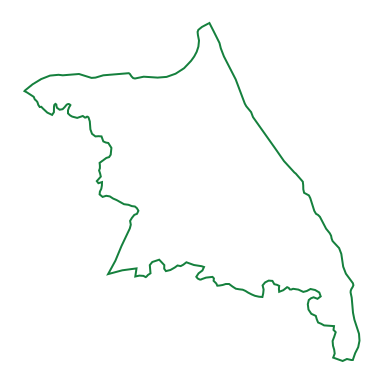 Gangwon, Albers equal-area conic projection
{"feature_id": "KOR-2496", "entity_name": "Gangwon", "entity_type": "Province", "adm_level": 1, "iso_a3": "KOR", "parent_name": "South Korea", "parent_adm1": "", "projection": "albers", "projection_center": [128.239, 37.618], "detail": "fine", "context": "isolated", "style": "outline", "palette": "green", "viewbox_px": 384, "rotation_deg": 0, "n_neighbors": 0, "source": "natural_earth", "source_scale": "10m", "svg_char_len": 3203}
<svg xmlns="http://www.w3.org/2000/svg" viewBox="0 0 384 384"><path d="M157.6,77.6L166.6,76.9L175.6,73.7L184.1,68.2L191.1,60.8L194.2,56.5L196.7,51.8L198.4,46.6L199.0,40.6L197.9,34.9L197.6,31.9L198.4,29.8L202.0,26.9L209.4,23.0L213.4,30.8L219.5,43.0L220.8,48.3L223.9,56.4L235.7,79.4L244.8,103.6L246.3,106.3L251.1,112.1L253.0,117.1L275.3,148.6L284.0,161.1L294.4,172.5L295.8,173.6L302.8,181.7L303.2,185.2L303.3,189.3L304.1,192.8L308.9,195.4L310.3,198.2L314.3,210.9L316.0,213.8L318.1,215.0L319.9,216.8L326.1,228.7L329.8,233.3L331.1,235.8L331.6,238.5L332.6,241.1L339.1,248.1L341.3,253.9L343.2,266.7L345.9,273.7L352.9,283.2L353.4,285.2L352.6,287.1L351.4,289.0L350.7,290.8L350.6,292.5L351.7,297.7L353.0,312.7L354.4,319.7L359.0,333.8L359.5,340.7L358.2,347.2L355.2,353.1L352.8,360.0L351.4,360.0L346.9,359.0L342.6,361.0L333.2,357.6L334.7,353.6L334.2,349.8L333.0,345.7L332.6,341.0L334.3,336.5L335.7,332.2L334.6,331.0L333.5,329.9L334.0,326.1L324.1,325.4L321.2,323.8L318.1,322.5L316.8,319.4L315.8,315.9L311.3,313.8L308.5,309.6L307.8,304.2L308.8,300.0L311.1,298.2L313.6,297.3L317.5,298.8L320.7,296.4L319.3,292.5L315.1,290.0L310.5,289.0L306.8,291.0L303.3,291.9L298.4,289.6L293.1,288.8L291.3,289.5L289.8,289.4L288.7,287.9L287.1,287.2L283.3,290.2L279.2,291.8L278.9,288.9L279.2,285.9L276.9,284.8L274.3,284.2L272.4,280.9L268.7,280.6L265.1,282.4L262.6,285.4L263.6,289.5L263.2,293.4L262.4,297.0L258.9,296.7L254.9,295.8L251.6,294.4L248.1,292.6L245.4,290.9L242.7,289.7L239.3,289.3L235.8,288.7L232.3,286.4L229.1,284.0L225.8,284.0L222.6,285.0L219.7,285.5L217.3,285.7L216.3,283.5L213.6,280.8L213.9,278.4L212.5,276.9L206.1,277.6L202.1,279.0L200.8,279.6L199.6,279.5L197.7,278.5L196.3,276.8L198.6,273.3L202.4,270.5L204.0,267.0L201.6,266.2L193.9,265.0L186.4,262.3L183.3,264.7L180.7,266.1L177.5,265.5L174.8,267.5L170.4,270.0L165.9,271.1L164.2,268.7L164.3,265.1L159.2,259.7L152.3,262.0L149.8,265.1L150.5,273.3L147.8,275.1L146.9,276.2L145.8,277.1L144.7,276.6L143.5,275.9L139.4,275.6L135.3,276.5L136.5,268.4L122.3,270.3L108.1,274.1L115.4,260.7L121.5,246.0L129.8,228.5L130.8,224.7L130.1,220.9L131.9,217.9L134.3,214.9L137.0,213.8L138.4,210.8L136.9,208.2L134.9,206.5L131.8,206.1L128.5,204.8L124.0,204.2L116.5,200.0L113.2,198.6L109.8,196.4L106.2,195.8L102.6,196.9L99.6,194.4L99.9,191.6L101.3,188.8L101.9,185.5L102.0,182.1L98.4,183.2L96.8,181.1L100.8,176.6L100.1,173.5L99.1,170.5L99.9,168.2L99.9,165.5L99.6,162.9L106.4,157.9L109.1,157.1L110.7,154.7L111.4,147.9L108.3,143.0L105.7,142.5L103.3,141.4L101.5,136.4L98.5,136.2L95.4,136.4L92.0,133.8L90.4,129.4L89.8,121.4L88.5,117.4L87.6,116.7L86.6,116.8L85.9,117.5L85.0,117.6L82.8,116.0L77.2,117.9L72.2,116.6L70.1,115.4L68.0,113.4L68.0,110.3L69.1,107.3L69.8,106.2L70.4,105.1L69.5,104.3L68.4,104.0L67.3,104.3L66.4,105.0L64.6,107.2L62.6,109.2L59.6,109.7L57.0,107.8L56.5,106.2L56.3,104.5L55.4,103.9L54.3,105.0L54.0,106.7L53.9,112.2L52.1,114.9L47.3,112.6L42.9,108.5L41.3,106.8L39.7,107.0L38.3,104.9L37.4,102.1L36.2,100.6L34.8,99.4L33.7,96.8L31.7,95.5L27.1,92.5L24.5,91.1L25.3,90.2L32.6,84.3L41.1,79.1L50.0,75.6L58.5,74.8L62.7,75.3L79.0,74.0L91.5,77.9L95.5,77.6L103.3,75.3L128.8,73.2L129.9,74.0L131.5,76.4L133.2,78.1L135.0,78.5L143.7,76.7L157.6,77.6Z" fill="none" stroke="#15803d" stroke-width="2"/></svg>